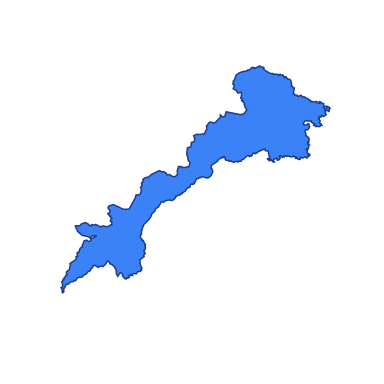 Tulcan, Carchi, Ecuador, rotated 113°
{"feature_id": "8360857B85617002422218", "entity_name": "Tulcan", "entity_type": "district", "adm_level": 2, "iso_a3": "ECU", "parent_name": "Ecuador", "parent_adm1": "Carchi", "projection": "robinson", "projection_center": [-78.021, 0.901], "detail": "fine", "context": "isolated", "style": "filled", "palette": "blue", "viewbox_px": 384, "rotation_deg": 113, "n_neighbors": 0, "source": "geoboundaries", "source_scale": "gbopen_adm2", "svg_char_len": 6014}
<svg xmlns="http://www.w3.org/2000/svg" viewBox="0 0 384 384"><g transform="rotate(113 192 192)"><path d="M237.6,263.2L239.5,263.1L241.5,260.0L244.3,259.8L244.3,260.9L245.3,260.7L245.8,257.7L246.4,257.4L246.7,257.8L247.6,255.5L248.7,256.1L250.8,255.8L250.7,254.3L253.8,252.9L254.0,254.1L256.5,255.6L257.6,258.1L257.9,260.7L259.8,262.3L259.5,268.0L260.8,269.5L261.3,271.7L262.3,271.7L263.1,272.8L262.0,275.2L261.8,278.3L264.8,281.5L266.7,281.9L269.0,286.7L268.9,285.3L270.5,284.8L271.9,282.6L272.9,282.2L274.8,276.2L273.6,269.7L274.2,267.9L271.1,266.6L269.9,263.3L270.6,262.9L271.3,264.3L271.7,264.0L272.6,264.6L274.6,267.0L275.9,266.1L277.3,266.7L277.9,267.7L277.5,270.2L279.0,272.1L284.5,272.1L285.2,271.3L287.4,272.9L291.8,272.7L291.8,273.3L293.3,274.0L295.6,272.1L296.8,273.5L298.1,272.7L299.8,272.6L305.5,276.4L306.9,275.4L311.4,274.6L314.7,276.4L317.5,274.9L318.1,275.6L320.1,275.4L320.5,276.2L322.3,275.7L322.7,276.5L323.3,275.8L325.4,276.8L328.3,274.6L330.9,274.4L331.3,275.1L333.4,272.6L335.1,272.4L335.3,271.7L334.1,271.0L330.6,272.4L330.1,271.8L326.2,271.7L325.0,269.7L322.1,268.6L321.1,266.5L319.3,265.7L319.3,264.6L315.5,263.8L312.9,259.5L311.4,259.7L308.8,257.3L305.8,256.5L304.7,255.1L301.6,254.8L300.8,254.0L298.3,254.1L297.4,252.4L298.1,249.1L295.4,246.5L295.4,244.8L292.1,243.3L288.5,242.9L288.9,240.1L290.1,239.7L290.1,237.7L291.1,233.9L292.2,233.2L292.7,231.8L297.1,229.4L298.6,227.3L294.3,226.6L294.3,225.2L295.0,223.6L296.7,222.9L298.0,219.8L297.7,218.4L296.2,218.4L296.3,217.3L295.4,216.5L293.9,216.6L293.8,217.2L292.6,215.7L292.1,216.1L292.0,214.6L291.7,215.1L289.6,213.5L289.2,211.4L286.6,210.9L285.4,208.7L284.6,208.7L284.0,207.9L283.3,208.5L281.9,208.2L278.8,211.4L274.7,213.5L270.1,210.8L268.8,211.8L266.8,211.0L265.7,212.7L264.3,213.4L262.9,212.7L260.4,213.6L260.0,214.3L258.4,214.3L258.4,215.2L255.7,217.9L256.0,219.0L255.4,219.1L254.1,221.6L252.1,222.5L251.0,221.9L247.7,223.4L247.1,222.9L246.5,223.4L240.8,223.6L233.9,220.8L229.8,220.2L228.5,220.6L224.1,218.8L221.3,218.9L219.1,217.1L212.9,216.3L212.5,214.1L210.6,213.4L208.3,210.0L207.7,207.2L206.2,205.9L203.6,204.8L202.4,205.2L199.9,202.9L199.8,202.1L197.7,201.4L197.4,200.3L196.4,200.4L193.7,198.5L190.6,198.1L188.2,195.7L186.5,196.3L184.8,195.6L184.8,194.4L183.3,193.1L182.6,193.6L181.1,192.9L178.2,193.1L177.3,191.6L175.5,190.5L175.2,189.2L173.8,188.7L173.2,183.4L171.8,181.9L169.2,180.8L165.2,180.8L163.1,182.3L162.5,183.8L160.0,184.6L153.4,180.4L151.2,180.2L148.7,177.6L148.1,177.9L147.3,177.2L147.7,176.4L146.9,176.2L147.2,175.1L148.7,174.5L149.5,172.9L148.8,171.0L149.3,169.9L147.9,168.1L148.4,167.6L148.4,165.3L146.3,162.9L146.4,161.3L145.8,161.2L144.4,158.8L143.1,158.8L141.7,157.4L137.4,155.5L136.3,154.3L136.7,153.6L136.2,153.1L136.8,152.8L135.9,151.7L134.9,151.0L132.7,151.2L132.0,150.2L132.0,148.6L130.8,148.4L130.8,147.4L128.3,146.6L128.2,145.7L127.0,145.3L125.8,143.5L124.0,142.5L124.0,141.8L125.4,140.6L124.5,138.6L125.2,137.3L128.1,135.6L129.4,134.0L131.4,134.6L131.9,135.5L132.3,135.2L132.4,133.7L133.0,133.4L132.3,131.9L131.3,132.7L131.2,131.6L132.7,128.8L132.1,127.9L131.6,129.1L130.5,129.4L128.9,128.6L127.9,126.8L129.4,126.0L128.6,124.7L126.2,123.9L125.3,125.7L123.8,124.8L124.7,122.2L123.7,122.0L123.8,121.0L123.1,121.1L122.1,120.0L122.4,119.2L121.5,117.9L120.8,114.0L119.2,112.8L119.8,112.5L119.3,110.6L120.3,109.9L119.3,109.5L120.1,109.0L119.8,108.3L120.3,107.7L120.2,105.9L119.7,105.3L118.8,105.9L117.4,105.3L117.8,104.5L117.4,103.3L115.5,101.8L115.8,99.5L115.0,99.6L113.5,98.3L112.4,99.3L112.5,98.3L111.8,97.9L111.3,98.5L111.1,101.3L108.1,102.2L108.2,103.4L107.3,103.3L106.9,102.0L105.9,101.9L103.5,102.8L102.8,102.4L102.8,103.7L101.9,104.7L101.1,103.8L100.5,104.8L99.7,104.3L97.9,104.7L96.1,106.1L96.4,107.2L95.6,108.3L95.6,109.5L94.3,109.6L92.1,111.8L90.0,111.7L90.0,110.4L88.5,109.2L85.7,109.3L83.6,111.3L83.8,112.0L85.8,112.9L86.2,114.2L86.3,115.9L84.6,116.3L81.8,115.3L81.1,112.1L79.9,109.9L80.9,109.5L81.6,107.0L81.4,105.6L83.1,106.0L82.9,104.4L83.5,103.5L82.5,102.6L82.3,100.7L81.5,99.8L80.1,99.5L79.9,98.5L78.8,99.9L78.6,101.9L76.4,101.8L75.0,104.3L74.4,103.6L72.9,104.2L72.7,102.6L71.0,102.7L71.0,100.3L68.5,98.7L65.5,101.3L64.0,99.1L64.5,97.6L63.6,97.3L62.2,98.0L60.9,97.6L60.2,100.0L60.6,102.0L61.7,100.7L63.8,101.5L62.8,104.0L61.8,103.1L60.9,104.6L59.1,105.4L59.5,106.6L58.8,109.6L59.1,110.1L60.2,109.0L60.7,109.4L60.9,111.9L60.0,112.3L60.5,113.9L61.4,114.1L61.7,116.8L62.5,117.7L61.3,118.7L61.8,119.6L60.8,121.6L61.0,124.2L60.4,126.1L61.6,127.0L60.3,129.5L62.4,131.4L62.5,132.6L61.9,132.8L62.6,136.4L61.5,136.5L61.1,137.5L56.3,138.4L56.7,139.1L55.6,140.7L55.9,141.8L54.0,142.3L50.9,144.5L50.1,145.9L50.6,148.1L49.2,150.6L50.6,151.5L49.6,151.8L49.9,152.9L48.7,154.1L49.7,155.1L49.2,156.9L50.8,157.6L50.1,158.5L50.9,161.3L51.9,162.3L51.3,163.6L52.3,166.5L51.5,172.5L50.5,174.5L49.7,174.2L49.3,174.8L50.1,178.1L49.4,178.9L54.0,182.7L54.1,183.4L53.3,183.3L53.5,184.9L54.4,185.9L56.9,186.5L58.1,188.6L59.4,188.8L60.1,190.6L63.2,194.5L67.0,197.0L73.1,196.8L73.8,197.4L75.2,196.6L76.6,196.7L77.1,194.8L81.0,194.3L81.1,190.7L81.9,190.2L83.0,188.2L80.9,185.9L83.1,184.3L86.6,183.8L86.4,183.0L87.1,181.9L88.2,182.3L88.7,181.7L88.2,180.6L89.2,180.1L89.6,178.9L92.7,176.9L94.9,173.7L99.2,174.5L100.6,175.7L102.0,178.0L104.8,191.9L109.5,191.4L110.9,192.9L110.0,196.1L112.1,195.1L118.9,197.7L119.9,198.8L120.4,202.5L121.2,203.1L125.6,204.5L128.2,203.0L133.5,203.4L135.6,206.5L137.2,210.4L139.6,212.5L142.1,210.1L143.8,209.6L145.5,210.4L146.6,212.0L150.8,210.5L153.1,213.5L159.5,211.6L162.0,209.1L164.1,208.2L165.8,205.2L169.8,204.8L172.6,208.7L173.1,210.3L172.7,211.5L173.8,214.4L178.6,213.8L181.1,212.2L184.2,213.3L185.4,215.8L184.7,219.6L185.9,221.5L185.8,222.3L184.8,222.9L184.3,225.5L185.1,227.7L185.2,230.6L191.5,236.1L195.3,237.9L196.8,240.3L198.7,241.7L199.4,242.1L201.9,241.0L202.7,241.8L204.1,241.8L205.7,240.4L207.8,241.2L209.6,239.4L213.9,238.8L215.4,239.9L216.5,242.3L219.8,241.9L232.3,243.2L234.7,248.2L234.3,259.6L237.6,263.2Z" fill="#3b82f6" stroke="#1e3a8a" stroke-width="1.5"/></g></svg>